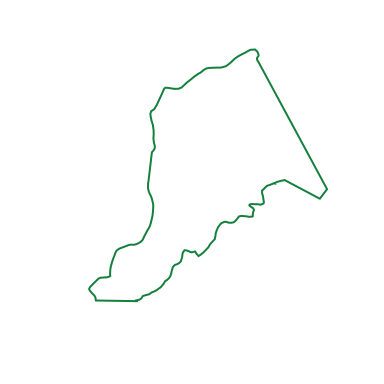 outline of Daban, Choiseul, Saint Lucia, rotated 226°
{"feature_id": "8701671B91948443212485", "entity_name": "Daban", "entity_type": "district", "adm_level": 2, "iso_a3": "LCA", "parent_name": "Saint Lucia", "parent_adm1": "Choiseul", "projection": "mercator", "projection_center": [-61.005, 13.807], "detail": "fine", "context": "isolated", "style": "outline", "palette": "green", "viewbox_px": 384, "rotation_deg": 226, "n_neighbors": 0, "source": "geoboundaries", "source_scale": "gbopen_adm2", "svg_char_len": 2944}
<svg xmlns="http://www.w3.org/2000/svg" viewBox="0 0 384 384"><g transform="rotate(226 192 192)"><path d="M180.7,47.5L151.9,76.4L152.8,76.6L151.0,79.5L150.7,81.6L151.3,84.5L149.6,87.7L148.1,90.3L147.8,93.2L146.7,95.7L145.9,98.6L145.6,101.2L145.2,103.5L145.8,108.2L146.5,110.5L146.1,113.0L146.0,115.6L146.7,118.4L147.8,120.4L149.4,122.7L150.8,125.2L151.4,126.5L151.4,129.2L150.4,131.1L149.8,133.6L149.8,135.6L151.9,139.5L152.5,140.3L154.2,142.4L154.8,143.3L155.0,144.4L155.3,146.2L153.8,147.4L151.9,148.5L150.6,148.8L148.7,150.0L147.7,151.8L147.2,152.8L146.6,152.9L145.5,152.6L144.3,152.3L142.6,152.3L142.1,152.3L141.4,152.2L140.9,154.7L140.6,157.8L140.6,159.8L140.8,164.2L140.8,165.1L141.8,168.6L142.0,170.9L142.2,174.3L142.2,175.5L144.1,178.3L145.9,180.5L147.1,182.8L147.6,184.0L147.7,184.3L148.4,185.9L148.7,187.4L149.1,189.6L149.2,191.4L148.0,194.7L146.3,196.2L145.0,196.7L142.8,198.6L141.8,200.0L141.1,201.3L141.1,204.3L141.3,205.6L141.6,207.3L141.8,208.7L140.6,210.8L139.6,211.7L138.5,212.7L136.2,214.6L134.4,215.9L132.4,218.4L132.3,218.8L133.3,219.9L134.1,220.6L135.2,222.3L136.0,224.2L137.8,224.7L139.8,224.3L141.9,223.9L142.4,223.9L142.9,224.6L142.3,226.1L139.7,228.6L137.8,230.6L135.3,232.4L134.0,235.4L134.6,236.5L136.4,237.8L140.3,240.5L142.2,241.4L144.3,243.3L144.4,250.1L143.0,253.1L141.8,255.8L141.8,256.4L141.0,257.1L141.3,257.1L140.0,260.5L138.7,262.9L137.5,265.0L136.6,266.1L136.3,266.9L98.6,279.2L98.4,279.3L100.2,291.1L238.5,329.9L239.0,330.0L241.2,330.5L242.1,330.8L243.1,331.7L243.3,332.4L243.8,334.6L245.0,335.5L247.6,336.5L250.8,336.3L252.4,334.3L253.8,332.7L254.4,330.5L254.8,329.1L255.0,328.2L255.0,327.9L256.8,322.2L257.7,318.7L258.2,315.2L258.2,310.9L258.5,306.8L258.9,303.8L261.4,299.2L263.7,296.8L266.2,294.1L269.5,290.3L270.8,288.3L271.1,287.4L271.7,284.8L271.9,281.3L272.7,278.5L273.5,273.2L273.8,269.0L274.3,263.8L274.4,257.2L275.6,254.1L278.5,250.9L283.4,247.2L285.5,245.3L285.6,243.6L283.8,239.2L282.4,235.7L280.1,229.7L279.2,227.4L277.8,222.4L278.3,219.8L278.5,218.8L277.2,216.4L275.0,214.7L271.5,212.5L267.2,210.3L262.9,207.1L260.2,204.6L257.3,201.4L254.1,199.0L250.9,197.2L249.3,195.5L248.7,193.5L248.4,190.7L229.5,167.6L228.6,166.2L227.9,165.6L226.1,163.8L225.1,162.9L224.6,162.6L223.4,161.8L220.1,160.3L218.5,159.9L215.7,158.8L212.2,156.8L210.4,155.7L209.4,154.9L207.2,152.7L205.5,150.8L203.0,147.9L202.3,147.0L198.8,141.6L198.1,140.5L196.5,137.3L196.0,135.8L195.1,132.3L194.6,131.1L193.4,127.2L192.1,124.0L191.8,122.9L191.8,120.3L192.5,117.4L193.4,115.3L193.6,114.9L194.4,113.5L196.2,111.9L197.7,109.9L199.2,106.3L201.4,101.2L201.9,99.5L202.2,97.0L201.6,94.9L200.3,92.3L199.1,89.7L197.4,86.3L195.6,83.2L195.1,82.3L193.8,80.5L192.4,78.7L190.2,76.4L188.3,74.7L188.6,73.8L189.9,71.2L191.5,69.6L194.0,66.4L194.7,64.3L194.6,60.1L194.6,57.8L194.5,53.4L194.2,51.8L193.7,50.6L193.4,50.5L192.1,50.0L189.3,49.8L185.0,49.8L183.3,49.3L182.6,48.8L180.7,47.5Z" fill="none" stroke="#15803d" stroke-width="2"/></g></svg>